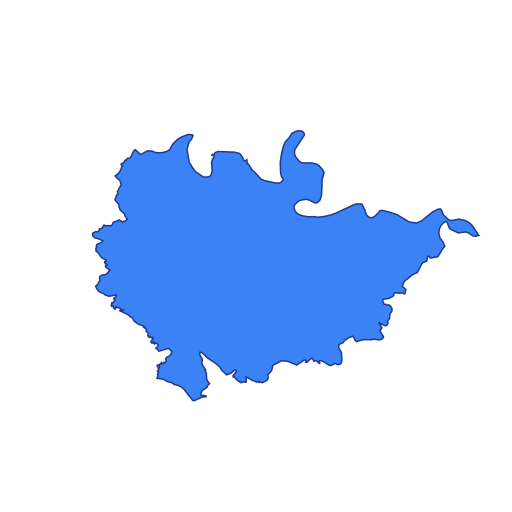 Narail, Khulna, Bangladesh (Robinson projection), rotated 308°
{"feature_id": "16705992B56503274196630", "entity_name": "Narail", "entity_type": "district", "adm_level": 2, "iso_a3": "BGD", "parent_name": "Bangladesh", "parent_adm1": "Khulna", "projection": "robinson", "projection_center": [89.616, 23.132], "detail": "fine", "context": "isolated", "style": "filled", "palette": "blue", "viewbox_px": 512, "rotation_deg": 308, "n_neighbors": 0, "source": "geoboundaries", "source_scale": "gbopen_adm2", "svg_char_len": 6154}
<svg xmlns="http://www.w3.org/2000/svg" viewBox="0 0 512 512"><g transform="rotate(308 256 256)"><path d="M409.5,418.9L409.6,417.4L410.6,415.4L413.3,406.9L413.4,403.6L412.8,399.1L410.0,393.1L404.8,388.8L403.3,386.3L403.2,384.1L403.8,378.5L404.3,377.1L406.4,373.9L406.6,372.2L405.0,370.7L399.5,368.0L385.7,364.9L380.9,362.3L377.1,355.8L375.4,341.5L372.1,332.6L369.6,327.3L367.8,325.6L365.9,326.0L360.0,325.0L357.5,323.8L356.2,321.6L356.4,317.6L359.2,313.5L361.9,308.3L362.0,307.5L361.3,306.2L359.0,303.3L357.2,301.8L338.8,292.5L334.3,289.6L328.3,284.7L324.6,280.7L322.6,277.3L318.9,272.8L316.1,267.4L315.0,263.8L315.2,259.7L317.1,256.6L318.6,255.5L320.7,254.9L325.0,255.6L327.5,256.9L331.5,260.4L332.8,263.3L333.9,269.1L335.1,271.1L338.4,272.0L340.1,271.9L344.9,269.8L356.9,261.1L363.5,258.3L365.1,255.1L366.0,249.6L365.8,247.5L363.8,242.9L358.6,236.2L357.3,233.7L357.5,230.4L358.9,225.4L360.4,223.3L363.5,221.1L380.9,219.7L381.8,219.1L382.5,217.9L382.8,215.4L381.4,213.1L379.1,210.8L374.6,208.8L369.4,209.3L364.4,208.8L359.8,209.8L353.4,212.6L344.9,217.3L337.1,223.8L333.9,227.6L333.8,229.4L332.5,230.6L329.7,230.5L327.7,229.4L325.2,225.7L320.6,216.1L319.7,212.6L321.2,203.8L321.4,199.9L323.4,194.3L323.9,192.5L323.5,192.1L326.3,189.5L324.0,188.7L323.6,187.9L325.4,185.0L326.7,180.8L326.4,179.1L324.4,174.9L315.0,161.8L312.5,160.2L309.4,160.4L309.0,159.9L309.2,159.1L308.2,159.3L309.0,161.1L308.6,161.9L304.6,162.5L302.0,163.6L296.5,168.8L292.5,170.6L290.6,170.6L289.2,169.9L285.9,166.2L285.2,156.4L286.7,151.0L288.7,145.8L297.5,136.0L304.3,133.1L308.3,133.3L312.2,132.2L312.3,131.3L310.2,127.9L304.1,124.1L300.1,122.5L293.5,121.5L286.4,122.4L283.9,121.6L280.4,119.1L276.9,115.2L275.4,112.4L274.6,109.3L272.1,105.8L264.9,102.6L265.5,95.6L265.0,95.1L263.3,95.0L256.3,96.4L255.2,96.1L254.0,94.6L251.3,94.5L250.8,93.8L248.0,94.3L245.6,93.1L245.0,93.4L244.8,95.2L239.6,96.5L237.0,96.8L232.3,95.7L231.8,98.1L231.8,101.9L229.3,105.8L221.2,107.2L220.2,109.2L218.5,108.6L213.4,110.2L212.1,116.4L210.2,118.0L208.5,121.1L208.3,126.3L206.6,128.8L206.0,130.7L206.1,131.7L203.5,131.6L202.0,130.4L200.3,130.0L200.7,128.3L200.2,127.7L200.3,126.3L198.8,125.1L197.8,125.2L195.8,123.2L194.0,122.8L192.0,123.6L190.8,123.2L186.6,118.0L187.0,117.6L186.8,117.1L183.1,117.6L180.9,115.9L179.6,116.7L177.4,116.2L176.7,114.7L173.7,113.4L172.7,113.5L171.3,115.2L171.1,117.7L172.9,122.2L173.6,125.9L171.5,125.8L167.3,123.5L165.3,124.1L164.6,125.2L163.4,125.1L162.7,125.8L162.6,126.6L161.4,126.7L161.3,130.1L159.9,134.1L159.7,136.2L160.6,140.4L159.8,141.1L158.5,140.2L157.5,141.0L157.7,143.2L157.1,144.4L156.0,143.1L155.1,143.8L154.6,145.3L155.1,149.5L149.9,149.3L148.2,148.5L146.3,146.5L144.3,145.6L142.7,145.9L140.5,148.2L138.4,148.1L136.6,148.8L133.5,148.2L132.2,150.6L131.2,153.8L132.6,159.5L132.5,161.2L133.8,165.0L139.3,169.9L137.4,171.0L136.7,170.3L135.0,170.1L134.5,170.7L134.7,171.8L134.0,172.1L131.4,172.2L130.6,171.2L129.8,171.3L129.5,172.1L128.3,172.0L127.6,172.9L128.2,173.0L128.3,173.4L128.0,175.0L127.2,176.5L127.2,177.6L128.1,177.3L128.3,176.4L128.7,176.3L130.0,177.1L129.4,177.9L130.5,179.2L131.1,181.4L131.0,183.5L131.8,184.6L130.2,184.0L130.3,182.8L129.7,182.3L129.0,182.5L131.1,191.7L130.7,194.6L131.1,195.6L131.0,197.0L129.6,200.2L129.9,206.2L131.1,208.2L131.5,209.9L130.8,210.9L131.7,212.2L130.7,212.1L130.8,214.8L129.1,215.6L128.8,219.0L126.7,219.7L126.3,220.5L126.2,221.8L127.5,222.0L127.0,223.3L128.3,224.5L127.8,225.9L126.7,225.3L125.8,225.9L123.5,225.9L123.3,227.3L123.9,228.1L124.1,229.5L124.9,228.3L125.4,228.5L125.2,230.6L126.1,232.0L125.6,233.6L125.3,234.2L121.7,233.9L121.5,234.5L122.0,235.1L121.1,238.0L129.4,244.0L128.8,249.1L124.2,249.4L120.8,247.8L118.7,248.5L118.2,249.8L116.3,250.3L115.6,248.9L113.7,249.2L113.8,247.0L112.6,247.7L112.2,247.0L111.0,246.8L109.2,245.4L108.4,245.9L108.4,246.4L109.2,246.2L110.0,247.1L108.7,248.8L107.6,247.8L105.9,249.5L104.6,249.2L104.5,249.8L105.0,250.1L104.7,250.6L103.6,251.2L102.5,250.9L101.2,252.5L98.6,253.2L101.9,258.9L102.4,263.3L104.2,267.4L104.5,270.8L106.1,274.7L106.9,278.0L106.8,280.6L103.2,295.0L103.8,296.3L112.1,300.7L114.4,303.3L114.9,302.4L112.4,298.6L113.9,297.0L117.0,296.5L122.4,298.3L124.4,297.6L126.8,298.0L127.6,294.8L128.7,292.8L133.0,289.1L134.2,286.4L135.2,286.6L137.6,279.9L139.2,278.6L141.0,278.0L141.3,276.8L141.9,276.7L142.5,275.6L143.0,273.4L144.6,271.6L145.7,271.1L146.6,273.2L145.8,280.6L146.6,291.2L146.2,296.3L144.9,299.0L144.3,306.1L148.1,308.4L152.8,309.1L153.7,310.7L152.9,311.6L147.5,311.6L146.8,312.1L146.7,312.5L147.4,313.7L146.5,317.4L146.8,322.0L148.8,323.5L150.6,325.9L154.6,322.8L156.0,330.6L156.8,332.1L156.8,333.9L158.5,335.2L158.2,336.1L159.0,336.6L160.2,339.1L164.1,340.9L165.6,341.2L167.5,340.6L169.8,338.5L175.3,338.8L180.4,336.6L189.0,340.6L192.5,345.7L195.2,355.3L204.2,358.2L204.4,359.7L202.9,360.4L203.4,361.6L207.6,362.1L209.8,363.0L209.9,364.1L208.7,366.4L210.7,367.6L210.3,372.0L211.0,372.2L212.3,370.4L213.6,371.6L214.5,375.8L214.8,380.6L215.4,382.2L220.1,384.6L220.9,387.6L222.5,388.9L224.3,389.0L226.4,388.2L230.7,384.4L232.6,382.6L234.7,377.6L237.0,376.1L238.7,376.5L241.3,378.0L243.9,377.8L248.2,379.2L252.3,381.5L251.8,383.8L250.4,386.2L250.4,387.9L254.1,390.4L257.2,393.3L261.1,398.5L263.1,400.2L266.0,405.1L267.4,406.1L269.9,406.7L270.8,406.3L273.3,399.9L273.9,399.4L275.7,399.7L277.1,399.2L278.9,394.0L279.3,394.1L279.4,396.2L280.6,400.8L281.2,401.5L282.5,401.7L284.4,401.4L285.9,399.6L289.0,399.7L292.3,397.5L293.4,397.1L295.8,397.2L298.3,395.6L299.3,393.2L299.4,390.7L298.2,389.8L297.8,388.0L296.9,386.7L298.1,384.2L299.7,382.9L300.6,383.2L304.0,386.5L308.4,388.7L309.7,388.8L311.5,387.9L312.7,388.2L315.1,392.2L317.2,394.1L317.3,396.1L317.7,396.5L321.8,394.9L322.2,390.1L324.1,389.2L327.3,388.6L337.3,390.7L342.4,393.3L352.0,391.5L354.0,391.8L357.0,393.8L360.6,391.9L362.0,391.7L362.4,392.7L361.7,394.0L361.8,394.7L366.9,399.4L368.1,399.7L376.8,398.7L379.9,398.8L381.9,395.3L383.7,389.4L386.8,385.8L389.1,384.4L392.7,383.1L396.9,383.1L399.6,384.1L400.4,384.8L400.1,386.2L397.4,390.3L396.8,392.3L398.7,401.1L403.8,406.1L405.1,409.2L405.3,413.9L405.9,415.5L406.6,416.9L409.5,418.9Z" fill="#3b82f6" stroke="#1e3a8a" stroke-width="1.5"/></g></svg>